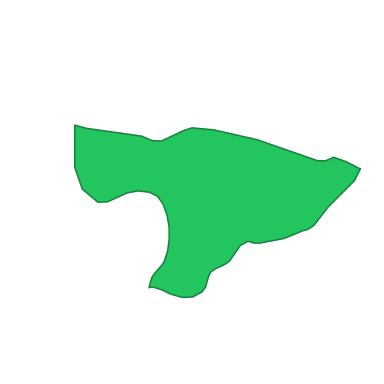 outline of Ambeno, rotated 30°
{"feature_id": "TLS-543", "entity_name": "Ambeno", "entity_type": "District", "adm_level": 1, "iso_a3": "TLS", "parent_name": "East Timor", "parent_adm1": "", "projection": "mercator", "projection_center": [124.284, -9.341], "detail": "fine", "context": "isolated", "style": "filled", "palette": "green", "viewbox_px": 384, "rotation_deg": 30, "n_neighbors": 0, "source": "natural_earth", "source_scale": "10m", "svg_char_len": 868}
<svg xmlns="http://www.w3.org/2000/svg" viewBox="0 0 384 384"><g transform="rotate(30 192 192)"><path d="M326.3,87.8L327.0,101.0L317.4,136.9L314.3,159.6L311.9,165.2L309.8,167.8L307.4,170.1L295.0,186.2L276.0,202.6L270.0,205.8L267.1,205.9L264.9,207.2L260.6,214.0L259.0,233.2L256.7,238.1L250.5,247.0L248.3,251.9L248.4,256.3L251.3,267.6L250.6,273.7L245.0,282.6L236.4,288.1L225.5,290.9L213.2,292.1L205.3,294.0L202.7,296.2L202.1,295.0L200.1,286.6L200.1,282.8L202.3,271.3L202.7,266.5L200.5,255.6L195.9,244.4L189.7,233.8L182.4,225.0L172.7,216.7L164.3,213.0L155.4,213.5L144.9,217.9L136.3,225.2L123.5,243.0L115.4,247.9L95.6,244.4L78.0,229.1L57.0,192.8L68.8,189.6L120.5,168.8L131.8,167.4L139.9,163.3L153.9,143.1L160.0,136.4L179.5,127.4L222.1,114.2L284.8,102.2L291.9,98.4L297.4,91.1L310.1,88.7L326.1,87.9L326.3,87.8Z" fill="#22c55e" stroke="#15803d" stroke-width="1.5"/></g></svg>